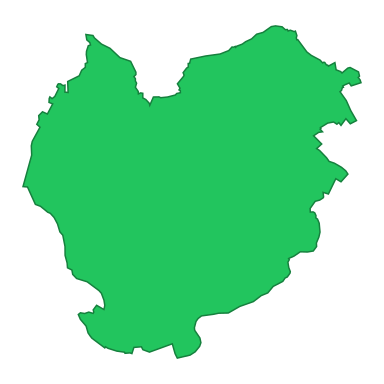 Navan Lea-7, Meath, Ireland
{"feature_id": "5873133B99485387457029", "entity_name": "Navan Lea-7", "entity_type": "district", "adm_level": 2, "iso_a3": "IRL", "parent_name": "Ireland", "parent_adm1": "Meath", "projection": "orthographic", "projection_center": [-6.698, 53.64], "detail": "fine", "context": "isolated", "style": "filled", "palette": "green", "viewbox_px": 384, "rotation_deg": 0, "n_neighbors": 0, "source": "geoboundaries", "source_scale": "gbopen_adm2", "svg_char_len": 3050}
<svg xmlns="http://www.w3.org/2000/svg" viewBox="0 0 384 384"><path d="M359.5,76.1L358.5,71.9L350.1,67.5L347.8,68.1L342.0,73.0L340.7,71.6L336.1,69.8L334.9,62.6L328.4,66.1L327.7,65.1L326.4,64.9L324.8,62.5L323.9,62.2L322.6,62.9L320.1,60.1L311.3,55.4L306.9,52.0L297.8,39.7L296.8,39.8L296.3,37.9L296.9,35.6L295.4,31.1L294.2,31.6L290.3,30.2L288.1,31.0L287.4,29.5L285.3,29.7L282.1,26.8L275.5,25.9L271.3,26.6L263.1,32.4L256.6,34.2L251.6,38.9L245.6,41.7L242.3,44.1L236.5,46.3L235.7,47.3L235.2,46.4L233.7,47.2L232.0,47.0L228.7,50.6L220.1,54.0L205.6,56.0L190.7,59.1L189.6,63.3L188.2,63.5L188.3,67.0L186.6,68.1L183.1,72.7L184.1,75.1L183.6,76.3L177.4,83.8L180.0,88.2L179.0,89.9L180.3,90.5L180.4,92.7L176.7,93.5L175.3,95.0L167.6,97.0L160.7,97.7L159.0,96.9L153.4,97.0L149.8,105.3L149.3,103.3L145.8,99.5L142.8,97.9L142.8,93.3L140.6,92.9L138.4,93.9L138.2,91.4L135.4,87.3L136.6,83.2L135.4,81.0L135.4,78.7L133.9,76.6L135.9,74.6L135.9,72.2L130.6,61.3L119.9,57.6L110.0,48.3L101.5,44.1L94.4,37.9L93.0,35.5L85.9,34.5L86.8,39.9L89.8,42.5L90.5,45.0L88.3,45.7L86.5,51.2L86.3,54.6L87.5,62.6L85.3,63.6L85.3,67.4L81.7,70.2L79.2,75.8L67.7,81.5L68.1,92.5L64.9,92.1L65.0,85.1L62.9,85.6L60.6,83.9L58.4,83.8L57.8,84.4L56.7,86.8L58.8,88.4L54.8,96.5L52.1,98.6L49.9,96.9L49.2,98.5L49.0,102.4L52.7,103.9L47.4,114.0L42.5,111.8L38.7,115.6L39.1,119.8L36.8,124.3L40.0,127.2L32.3,141.3L31.3,145.8L31.7,155.1L23.0,186.6L27.5,187.0L35.4,204.4L40.5,206.3L47.7,212.2L50.3,213.3L54.1,217.5L57.5,223.9L59.9,231.9L62.8,235.2L65.0,246.5L65.1,255.4L67.1,262.9L67.5,267.8L71.9,270.0L72.7,274.4L76.6,278.5L87.2,281.8L99.0,290.6L101.4,293.3L104.0,300.3L104.8,305.5L103.9,309.5L96.6,305.3L93.2,309.9L93.8,312.1L93.1,313.4L88.8,312.1L84.7,313.5L80.4,312.8L78.3,314.5L80.4,319.4L86.1,326.1L88.1,333.0L90.4,336.3L92.0,338.3L104.8,347.9L105.5,346.8L108.0,348.3L116.8,351.1L124.5,352.2L125.0,353.3L129.9,352.9L131.9,353.6L133.9,347.4L141.4,346.8L142.9,349.7L149.5,352.1L172.3,343.8L175.1,353.7L177.3,358.1L190.1,355.1L195.2,351.8L199.6,346.4L200.9,342.7L199.9,338.0L194.7,330.3L194.4,327.7L196.0,321.5L198.1,318.5L201.5,315.9L213.4,314.3L218.7,313.2L228.3,313.0L239.8,306.4L253.4,301.6L261.2,295.6L267.8,292.9L273.2,286.4L282.8,281.4L285.1,278.0L287.3,277.0L290.0,273.2L290.3,271.6L288.8,267.7L287.9,262.2L289.3,259.7L288.6,258.5L294.0,256.1L300.3,251.8L307.5,252.0L313.3,251.0L316.6,246.5L316.4,243.0L318.9,237.0L320.0,232.1L319.2,223.2L317.5,219.1L315.8,217.8L316.0,215.6L314.7,212.8L313.1,211.9L310.3,212.1L310.1,208.5L315.2,201.3L319.7,200.1L323.0,198.0L323.6,197.0L323.1,192.4L328.4,194.0L335.8,178.7L341.0,181.8L347.9,174.1L345.8,170.9L341.5,167.3L334.4,163.2L329.1,161.4L326.6,157.8L319.5,150.4L316.6,148.6L321.7,144.0L313.6,135.8L318.6,132.4L322.5,131.8L320.1,129.2L320.9,128.6L320.4,127.6L327.7,123.1L333.6,122.0L336.9,124.2L338.8,122.6L341.0,125.4L345.9,118.7L350.3,123.8L356.5,120.6L350.7,110.5L346.3,100.6L340.0,91.7L341.5,90.5L342.3,87.7L343.4,87.3L342.7,86.0L345.1,84.7L349.2,83.0L351.2,85.9L361.0,82.7L360.1,79.9L358.2,77.5L359.5,76.1Z" fill="#22c55e" stroke="#15803d" stroke-width="1.5"/></svg>